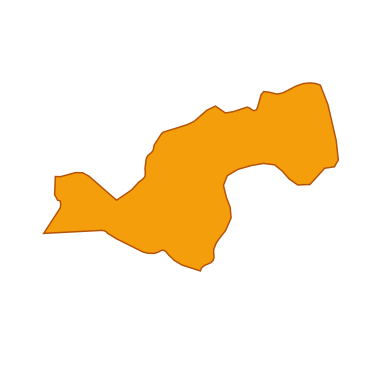 the District of Nsanje, rotated 255°
{"feature_id": "MWI-1919", "entity_name": "Nsanje", "entity_type": "District", "adm_level": 1, "iso_a3": "MWI", "parent_name": "Malawi", "parent_adm1": "", "projection": "orthographic", "projection_center": [35.132, -16.733], "detail": "fine", "context": "isolated", "style": "filled", "palette": "amber", "viewbox_px": 384, "rotation_deg": 255, "n_neighbors": 0, "source": "natural_earth", "source_scale": "10m", "svg_char_len": 1332}
<svg xmlns="http://www.w3.org/2000/svg" viewBox="0 0 384 384"><g transform="rotate(255 192 192)"><path d="M167.3,224.9L156.9,223.1L146.1,214.5L139.3,205.4L136.2,202.0L131.2,198.3L128.7,197.4L123.1,196.3L120.6,194.9L118.9,192.0L117.7,184.6L116.1,181.5L113.6,179.6L116.2,175.6L124.1,163.4L130.3,157.4L136.9,153.3L141.4,151.3L143.3,149.2L143.5,147.0L142.7,143.9L142.4,139.9L144.4,133.2L146.6,129.3L166.5,106.8L173.5,100.2L176.2,98.5L177.4,97.0L178.4,94.4L190.4,38.1L210.8,60.7L213.7,61.9L217.4,62.5L218.8,60.1L225.0,58.6L242.2,64.0L242.3,64.0L240.8,69.2L240.9,84.4L238.9,91.3L233.9,96.6L208.3,113.8L203.6,117.1L209.6,134.1L215.5,143.5L217.0,147.5L219.1,150.7L223.2,152.0L226.6,152.6L234.6,155.8L237.0,157.1L238.7,158.9L240.5,162.9L242.0,164.9L243.1,165.7L246.2,167.1L247.3,167.8L256.1,177.5L257.2,179.5L258.3,204.9L259.7,212.5L267.1,227.4L268.9,236.9L259.7,244.7L258.9,252.8L259.7,267.3L258.5,269.1L256.3,270.8L254.5,272.8L254.6,275.2L256.4,277.0L268.2,284.0L270.4,287.3L268.5,292.3L264.6,299.3L264.2,305.5L267.4,319.9L267.9,327.7L266.9,334.0L264.9,339.3L262.1,343.6L241.2,345.9L204.3,344.6L185.1,341.6L179.5,336.1L180.6,326.3L168.7,307.8L171.5,295.9L179.5,289.2L188.7,284.7L196.8,278.9L201.1,268.4L202.2,256.1L202.0,242.2L198.6,230.3L190.3,224.1L178.2,223.8L167.3,224.9Z" fill="#f59e0b" stroke="#b45309" stroke-width="1.5"/></g></svg>